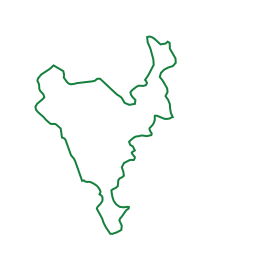 Jigawa, Mercator projection, rotated 244°
{"feature_id": "NGA-2868", "entity_name": "Jigawa", "entity_type": "State", "adm_level": 1, "iso_a3": "NGA", "parent_name": "Nigeria", "parent_adm1": "", "projection": "mercator", "projection_center": [9.387, 11.959], "detail": "fine", "context": "isolated", "style": "outline", "palette": "green", "viewbox_px": 256, "rotation_deg": 244, "n_neighbors": 0, "source": "natural_earth", "source_scale": "10m", "svg_char_len": 2315}
<svg xmlns="http://www.w3.org/2000/svg" viewBox="0 0 256 256"><g transform="rotate(244 128 128)"><path d="M100.6,63.6L121.4,66.0L124.0,66.0L127.8,65.0L129.1,64.9L144.3,66.6L145.8,66.5L146.3,66.3L147.0,65.8L147.8,65.1L148.3,64.5L150.3,65.1L157.1,67.3L163.3,64.6L164.4,62.7L165.2,60.8L166.5,59.8L171.4,57.8L174.9,56.9L181.6,54.1L184.8,53.3L187.8,54.2L189.6,57.0L191.5,64.4L192.2,66.2L195.3,66.7L200.0,65.3L202.3,65.5L204.9,66.7L207.5,67.3L209.9,67.2L211.9,68.7L214.1,73.4L215.4,83.7L216.9,88.5L207.5,94.8L203.7,93.8L201.5,92.4L196.1,93.3L193.9,94.2L192.3,95.8L191.3,98.9L190.6,102.1L185.5,116.6L185.0,119.0L185.7,122.0L184.5,124.5L162.8,132.8L160.5,134.3L158.1,135.5L152.0,136.0L148.2,139.4L146.7,144.8L149.8,146.9L154.1,145.6L156.7,145.3L159.1,145.9L160.2,148.3L161.3,153.5L161.4,156.0L159.0,160.5L158.7,162.9L160.1,164.8L162.5,164.8L163.7,164.4L166.7,169.6L173.5,178.8L178.7,180.9L190.0,183.0L196.1,183.2L201.3,185.0L200.9,187.3L199.2,189.3L196.8,190.8L188.9,193.9L187.4,198.8L188.2,201.5L186.3,202.7L183.5,201.6L181.0,200.4L169.8,201.2L165.7,199.5L164.0,195.5L164.7,190.8L164.6,186.1L163.1,181.8L159.9,178.9L155.8,179.9L146.6,180.6L143.0,179.3L140.2,175.7L135.8,176.4L131.3,176.1L126.8,174.3L122.5,173.1L118.2,173.0L118.4,172.0L118.3,170.1L118.4,169.1L119.1,166.9L120.2,164.9L126.5,159.2L127.2,157.5L125.6,156.5L124.6,156.2L123.0,155.2L121.0,153.1L120.0,151.5L118.4,147.4L117.6,146.8L115.6,146.6L112.6,146.9L111.4,145.8L112.4,141.4L115.0,137.6L115.6,135.9L115.9,134.1L116.8,131.8L116.9,129.4L115.9,125.0L115.1,122.9L111.8,122.6L109.3,124.3L104.8,124.3L104.7,122.4L104.3,120.6L103.7,120.4L100.8,120.8L99.1,121.4L98.4,121.2L97.7,120.6L96.7,119.1L97.3,117.9L98.0,116.9L98.4,115.7L98.3,109.0L95.4,105.2L90.9,104.7L86.9,103.4L86.3,101.1L86.4,98.6L85.5,96.6L83.7,95.4L81.8,94.4L80.1,93.1L79.5,90.5L79.6,87.7L79.3,85.8L77.5,85.1L72.9,83.8L68.7,83.2L64.5,84.0L60.9,85.9L58.7,89.1L57.5,92.7L56.7,94.1L55.5,93.4L55.1,92.4L55.1,91.3L54.7,90.0L51.1,83.6L50.2,81.4L48.7,79.7L43.0,79.6L39.3,77.3L39.1,72.6L39.7,67.6L40.7,65.7L48.3,64.6L53.4,64.5L58.1,65.1L69.1,64.6L70.4,65.9L71.7,69.6L73.6,72.9L75.3,74.0L77.0,74.7L78.7,74.6L80.9,73.3L81.8,74.5L82.8,75.4L85.7,75.6L89.5,74.8L92.9,72.9L96.1,70.4L96.8,69.2L97.4,67.7L98.1,66.7L98.9,65.9L100.2,65.4L100.5,64.2L100.6,63.6Z" fill="none" stroke="#15803d" stroke-width="2"/></g></svg>